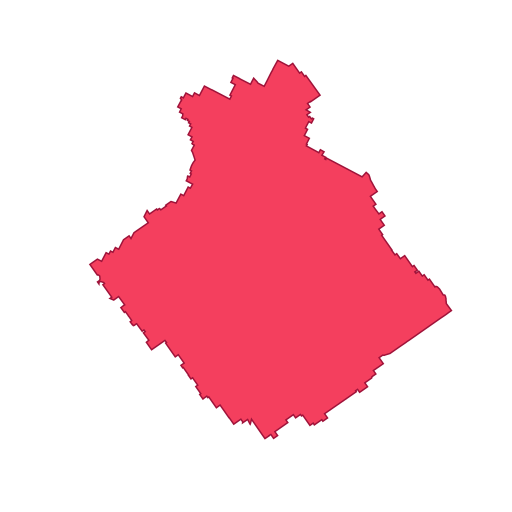 outline of Quairading, Western Australia, Australia, rotated 55°
{"feature_id": "25037944B17943761568072", "entity_name": "Quairading", "entity_type": "district", "adm_level": 2, "iso_a3": "AUS", "parent_name": "Australia", "parent_adm1": "Western Australia", "projection": "orthographic", "projection_center": [117.41, -32.015], "detail": "fine", "context": "isolated", "style": "filled", "palette": "rose", "viewbox_px": 512, "rotation_deg": 55, "n_neighbors": 0, "source": "geoboundaries", "source_scale": "gbopen_adm2", "svg_char_len": 5678}
<svg xmlns="http://www.w3.org/2000/svg" viewBox="0 0 512 512"><g transform="rotate(55 256 256)"><path d="M167.6,396.9L180.5,396.9L180.5,396.5L181.3,395.9L182.8,395.5L185.5,397.0L186.3,398.3L186.3,400.7L188.8,400.7L187.5,399.6L187.5,398.2L187.9,398.0L188.1,397.6L190.4,395.9L191.7,395.9L191.7,397.9L207.0,397.8L207.0,400.0L210.5,397.8L210.4,391.8L220.7,391.6L220.6,393.0L220.7,394.2L220.7,394.6L220.8,395.6L220.8,396.3L226.7,396.2L226.7,394.9L230.6,394.8L230.8,394.8L231.9,394.9L232.8,394.8L233.5,394.8L234.9,394.8L235.4,394.8L235.8,394.8L236.9,394.8L237.7,394.9L237.7,396.8L241.3,396.7L241.3,396.4L242.7,396.4L242.8,396.2L242.9,395.8L243.0,395.5L242.9,392.7L243.0,392.6L252.3,392.4L252.3,390.2L254.4,390.1L254.4,392.3L263.5,392.1L263.8,395.3L272.9,395.3L272.9,379.0L275.5,378.9L275.5,380.0L292.3,380.0L292.3,376.3L302.5,376.3L302.5,380.2L305.6,380.2L305.6,379.5L313.6,379.5L314.3,379.5L314.9,379.5L314.9,379.8L319.4,379.8L319.4,377.8L328.4,377.8L328.4,380.2L337.1,380.2L337.1,381.5L342.7,381.5L342.6,379.8L342.6,376.7L344.4,376.7L344.4,375.5L357.6,375.5L357.5,370.9L372.9,370.9L372.9,370.7L381.0,370.7L381.0,362.0L384.2,362.0L385.0,362.7L385.1,356.6L388.7,357.1L390.1,357.3L390.3,357.3L390.5,357.3L390.2,356.8L387.1,353.3L388.9,353.3L406.0,353.4L410.7,353.4L410.8,348.5L410.6,348.5L410.7,346.2L415.5,346.2L415.5,341.3L410.7,341.3L410.7,336.6L410.7,333.3L410.7,325.5L407.4,325.5L407.4,316.4L411.3,316.4L411.3,310.5L413.1,310.5L413.2,309.0L425.7,309.0L425.7,305.0L427.8,305.1L427.8,296.0L429.7,296.0L429.7,290.3L424.5,290.3L424.6,271.7L424.7,251.9L424.7,251.7L423.5,251.7L423.5,249.3L427.1,249.3L427.1,239.6L422.3,239.6L422.3,236.0L422.3,234.8L422.3,233.9L422.3,232.7L422.3,231.3L422.2,231.1L422.0,230.8L421.8,230.7L421.6,230.6L421.5,230.4L421.4,230.2L421.4,229.9L421.4,225.5L417.1,225.5L417.2,218.6L417.2,218.4L417.2,218.2L417.2,217.8L417.2,217.7L417.2,216.6L417.2,213.5L415.0,213.5L410.2,213.5L409.9,213.5L409.9,209.0L410.2,208.7L410.7,208.2L410.8,208.1L410.9,207.8L411.0,207.4L411.5,205.8L412.3,203.4L412.6,202.4L412.7,202.2L412.7,201.9L412.7,201.6L412.7,201.2L412.7,200.9L412.7,199.5L412.7,198.9L412.7,190.0L412.8,182.8L412.7,181.3L412.8,179.3L412.8,176.4L412.8,175.4L412.8,170.0L412.8,162.1L412.8,160.0L412.8,148.3L412.8,145.9L412.8,144.1L412.8,140.3L412.9,135.5L412.9,133.4L412.8,130.5L412.8,129.4L412.8,127.2L404.1,127.4L402.5,126.4L401.5,125.9L401.1,125.7L400.8,125.5L400.6,125.3L400.3,125.1L400.2,125.0L400.0,124.9L399.8,124.8L399.6,124.7L399.4,124.6L399.0,124.5L398.5,124.3L397.8,124.0L397.7,123.9L396.4,123.8L396.2,123.8L395.4,124.9L395.3,125.0L388.8,124.6L388.4,124.6L388.2,124.6L385.6,125.1L385.4,125.1L385.2,125.3L384.1,126.0L384.0,126.3L384.0,127.2L374.4,127.2L374.4,129.0L367.8,129.0L367.8,131.3L361.9,131.3L361.9,135.0L360.1,135.0L360.2,132.0L354.4,132.0L354.4,134.0L341.0,134.0L341.0,134.9L341.0,139.3L334.8,139.4L334.8,141.5L329.1,141.6L329.1,141.2L311.1,141.2L311.1,140.0L304.4,140.0L304.4,136.4L304.4,135.1L304.4,134.9L304.4,133.3L298.4,133.3L297.3,133.3L297.2,132.2L297.2,131.8L297.2,131.2L297.2,130.4L297.2,127.4L292.0,127.4L292.0,131.2L286.1,131.4L282.4,131.4L282.4,128.1L272.7,128.1L272.7,119.7L270.9,119.7L269.2,119.7L268.2,119.6L266.9,119.4L266.2,119.4L264.7,119.2L262.2,118.9L261.1,118.8L259.7,118.7L257.7,118.0L255.6,117.3L254.0,117.0L250.7,117.8L251.5,121.3L251.9,123.2L252.0,123.7L216.2,142.1L216.3,142.4L216.5,143.0L216.7,143.3L216.9,143.5L216.7,143.6L215.9,144.0L215.6,143.4L215.1,142.3L211.3,144.2L210.9,143.4L209.9,141.1L209.7,140.5L205.9,142.3L207.4,145.3L205.1,146.4L202.7,147.6L199.5,149.2L194.7,151.6L194.0,150.1L193.2,150.5L190.2,144.8L185.1,147.4L181.8,141.1L179.7,142.2L178.1,139.5L178.1,139.3L178.0,139.1L176.2,135.7L178.9,134.3L176.7,130.1L175.4,130.7L175.5,131.9L175.4,132.0L172.5,132.0L172.5,133.3L169.5,133.3L169.5,129.1L165.0,131.1L165.0,126.3L160.6,126.3L160.6,122.9L161.0,122.9L161.0,111.3L136.7,111.6L136.8,113.2L131.2,113.2L131.2,115.4L119.3,115.4L119.3,117.1L119.3,120.1L119.3,120.3L108.2,126.0L112.6,134.9L112.8,135.1L113.3,136.0L113.6,136.6L114.4,138.3L118.2,145.3L119.0,146.8L121.7,152.0L115.6,155.2L115.3,155.2L114.1,155.2L112.6,155.4L110.7,155.7L109.0,155.9L110.6,159.0L111.5,160.7L111.8,161.3L112.2,162.0L101.3,167.8L101.2,167.7L95.2,170.9L96.5,173.3L97.2,172.9L99.4,177.0L103.8,174.7L109.3,185.1L110.8,184.3L112.5,187.5L107.3,190.2L94.4,196.9L94.3,197.1L87.2,200.8L92.1,210.3L87.1,212.8L89.0,216.5L82.3,219.9L84.8,224.8L82.7,225.9L83.5,227.5L85.5,227.4L85.9,228.0L85.7,228.1L89.0,234.6L92.5,232.8L94.3,236.1L97.6,234.4L98.5,235.2L99.2,235.7L99.3,236.0L100.1,237.6L103.8,235.7L103.1,234.4L105.1,233.4L105.6,234.4L107.5,233.4L108.2,234.8L110.3,233.7L111.4,235.9L113.8,234.7L114.3,235.5L117.7,242.1L121.7,240.1L123.2,243.1L126.1,241.7L127.2,244.0L127.7,243.9L127.9,243.8L128.2,243.8L128.9,243.4L129.2,243.2L129.7,243.0L129.8,243.0L132.5,248.3L134.3,248.5L134.6,248.5L134.9,248.6L135.3,248.7L136.3,249.0L137.6,249.4L138.7,249.7L142.5,250.9L143.2,253.1L143.3,253.5L143.4,253.8L143.6,254.1L143.7,254.4L144.5,256.0L145.1,257.1L145.6,257.8L146.0,258.4L147.7,260.7L147.8,260.8L149.3,260.0L150.0,261.4L150.6,262.5L151.7,262.0L153.3,265.0L151.5,265.9L151.3,266.1L151.5,266.4L152.5,267.3L153.0,267.7L153.2,267.9L153.5,268.3L154.4,270.0L160.8,266.7L162.8,270.9L160.6,272.0L161.8,274.3L165.1,280.6L162.2,282.1L166.8,291.1L162.6,294.4L162.6,300.8L163.6,300.7L163.6,307.5L163.2,307.5L162.9,307.5L161.7,307.9L161.7,310.4L160.5,310.4L160.5,319.1L156.3,319.1L157.1,320.6L158.9,323.9L159.6,325.2L167.0,325.2L167.0,327.5L166.9,342.5L170.0,348.4L166.7,348.4L166.7,355.2L171.7,364.6L168.4,366.3L170.9,371.1L168.5,372.3L170.1,375.4L167.3,376.9L171.8,385.5L167.6,387.7L167.6,396.9Z" fill="#f43f5e" stroke="#9f1239" stroke-width="1.5"/></g></svg>